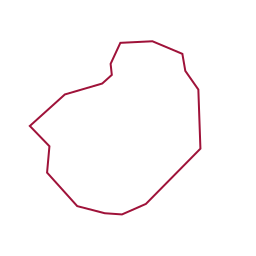 outline of Peqin, Elbasan, Albania, rotated 138°
{"feature_id": "67620474B93113119561724", "entity_name": "Peqin", "entity_type": "district", "adm_level": 2, "iso_a3": "ALB", "parent_name": "Albania", "parent_adm1": "Elbasan", "projection": "robinson", "projection_center": [19.782, 41.055], "detail": "fine", "context": "isolated", "style": "outline", "palette": "rose", "viewbox_px": 256, "rotation_deg": 138, "n_neighbors": 0, "source": "geoboundaries", "source_scale": "gbopen_adm2", "svg_char_len": 369}
<svg xmlns="http://www.w3.org/2000/svg" viewBox="0 0 256 256"><g transform="rotate(138 128 128)"><path d="M88.0,64.2L50.0,109.5L47.2,132.1L38.0,146.7L51.8,176.1L76.7,196.4L98.0,187.3L104.5,178.3L117.4,178.3L152.5,195.2L199.6,195.2L198.6,167.0L218.0,149.0L218.0,103.9L202.3,80.2L190.3,67.8L165.5,59.6L88.0,64.2Z" fill="none" stroke="#9f1239" stroke-width="2"/></g></svg>